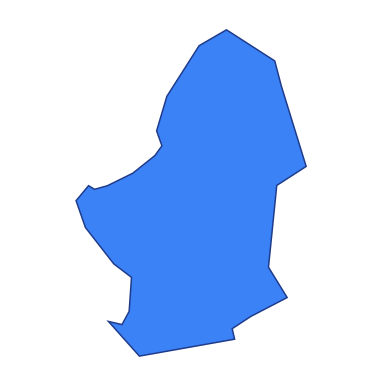 Poquoson, Virginia, United States of America, rotated 264°
{"feature_id": "52423323B32700923685802", "entity_name": "Poquoson", "entity_type": "district", "adm_level": 2, "iso_a3": "USA", "parent_name": "United States of America", "parent_adm1": "Virginia", "projection": "albers", "projection_center": [-76.358, 37.134], "detail": "fine", "context": "isolated", "style": "filled", "palette": "blue", "viewbox_px": 384, "rotation_deg": 264, "n_neighbors": 0, "source": "geoboundaries", "source_scale": "gbopen_adm2", "svg_char_len": 492}
<svg xmlns="http://www.w3.org/2000/svg" viewBox="0 0 384 384"><g transform="rotate(264 192 192)"><path d="M72.0,95.4L34.3,122.5L41.2,219.0L51.9,217.7L62.2,237.7L77.1,275.6L109.2,260.2L189.7,277.0L205.5,308.2L288.2,291.9L313.7,288.0L349.7,243.2L336.8,214.4L289.8,177.0L256.5,163.2L241.1,166.9L232.2,159.0L216.9,135.1L207.0,108.2L204.9,95.3L209.1,89.8L195.5,75.8L167.8,82.3L128.7,106.7L113.4,122.9L79.8,117.0L67.5,108.5L72.0,95.4Z" fill="#3b82f6" stroke="#1e3a8a" stroke-width="1.5"/></g></svg>